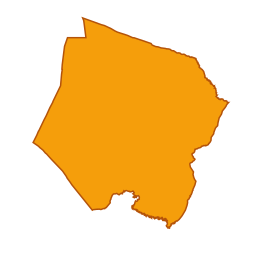 Serengeti, Mara, United Republic of Tanzania (orthographic projection), rotated 199°
{"feature_id": "72390352B48676394939092", "entity_name": "Serengeti", "entity_type": "district", "adm_level": 2, "iso_a3": "TZA", "parent_name": "United Republic of Tanzania", "parent_adm1": "Mara", "projection": "orthographic", "projection_center": [34.487, -1.957], "detail": "fine", "context": "isolated", "style": "filled", "palette": "amber", "viewbox_px": 256, "rotation_deg": 199, "n_neighbors": 0, "source": "geoboundaries", "source_scale": "gbopen_adm2", "svg_char_len": 5429}
<svg xmlns="http://www.w3.org/2000/svg" viewBox="0 0 256 256"><g transform="rotate(199 128 128)"><path d="M213.0,83.4L206.6,81.6L205.1,80.8L201.2,79.4L197.9,77.4L196.6,77.0L190.5,73.6L175.8,66.0L170.5,62.1L169.1,60.7L165.6,58.3L162.4,55.9L135.0,38.7L134.4,39.4L131.3,40.9L128.5,42.0L127.1,42.1L125.0,43.8L123.7,44.2L123.4,45.2L122.7,45.6L120.5,51.4L120.7,52.1L121.1,52.5L121.2,54.3L121.0,55.1L121.2,56.2L121.0,58.3L121.1,58.9L120.3,60.9L118.2,61.8L117.3,62.5L115.4,62.0L114.6,62.0L113.6,63.7L112.9,64.2L112.1,63.8L111.8,64.1L112.1,64.9L112.0,65.4L111.4,66.0L111.4,67.2L110.4,66.7L110.1,67.8L109.3,68.3L106.8,68.3L106.2,68.6L105.7,68.3L104.9,68.4L104.5,68.8L103.7,69.0L102.8,70.0L101.1,68.9L101.2,68.3L101.9,67.4L100.7,67.1L99.9,65.8L100.0,65.2L100.6,64.4L99.3,64.1L98.1,65.3L97.5,65.2L97.5,65.7L98.4,66.1L98.6,66.5L97.4,66.5L96.2,67.4L95.4,67.0L94.8,66.4L94.3,64.6L94.2,64.4L95.7,63.5L95.2,62.8L95.6,61.7L96.2,61.4L97.0,61.6L97.2,61.2L97.1,57.7L97.8,56.8L97.3,56.3L97.4,55.9L97.7,55.8L98.0,56.1L98.8,55.7L98.8,55.3L98.0,54.0L98.2,53.7L97.6,53.5L97.4,53.1L96.9,53.9L95.7,52.8L94.8,53.5L94.3,53.2L93.8,53.5L93.7,53.1L93.2,53.3L92.8,52.6L92.2,53.4L91.9,53.1L92.0,52.7L91.7,52.1L91.0,52.3L90.4,51.9L90.0,52.3L89.9,51.9L89.6,51.7L88.8,51.9L88.7,52.3L87.7,52.4L87.0,52.0L87.0,51.8L87.5,51.9L87.5,51.4L87.3,51.2L86.5,51.5L86.0,51.3L85.5,51.7L85.4,52.2L85.0,52.4L84.9,52.0L84.1,52.1L83.8,51.8L83.8,51.3L84.3,51.1L84.1,50.8L83.3,51.3L82.5,50.7L82.7,51.6L82.3,51.5L82.3,51.1L81.8,51.0L81.7,51.4L81.3,51.6L81.0,51.5L80.9,51.9L79.8,51.2L78.6,51.9L78.2,51.8L78.5,51.4L78.3,51.2L78.5,50.5L78.0,50.6L78.1,50.9L77.6,51.3L77.5,51.0L76.8,50.7L77.3,51.6L77.0,51.7L76.9,51.9L76.6,51.3L76.2,51.6L76.3,51.9L75.7,51.8L75.2,52.1L75.2,51.6L75.0,52.0L74.6,51.8L74.6,51.5L74.2,51.7L74.2,51.4L73.4,51.3L73.5,51.7L73.0,51.8L73.3,51.1L73.7,51.1L73.2,50.9L73.0,51.6L72.7,51.5L72.4,51.7L72.9,51.8L72.9,52.3L72.5,52.3L72.3,52.5L71.7,52.4L71.7,53.0L71.3,53.3L71.3,53.0L70.7,52.9L70.4,52.6L70.2,52.7L70.5,52.9L70.3,53.2L69.9,52.9L69.8,53.1L69.6,52.6L70.0,52.5L69.7,52.4L69.9,52.0L69.7,51.6L69.2,51.8L69.3,52.1L68.9,52.5L68.6,51.8L68.3,52.1L68.3,53.0L68.0,52.9L68.0,53.1L67.3,53.3L67.0,53.2L67.1,53.8L66.6,53.5L66.4,54.0L66.1,53.9L66.1,54.1L65.5,53.6L66.0,53.2L65.9,52.8L65.4,52.8L65.7,52.5L65.4,52.3L65.0,52.4L64.9,52.0L63.9,52.4L63.6,52.2L63.3,52.4L63.7,52.8L64.0,52.8L63.8,53.1L64.0,53.4L63.8,53.9L63.6,53.7L63.6,54.0L63.1,53.9L63.5,54.3L63.2,54.6L62.9,54.6L63.0,54.9L62.4,54.2L62.7,54.1L62.8,53.8L62.5,53.7L62.7,53.4L62.2,52.8L61.4,53.5L61.0,53.4L61.5,52.6L61.2,52.5L61.3,52.1L61.1,52.0L60.7,52.3L60.5,51.9L60.3,51.9L60.1,52.3L60.1,51.3L60.2,51.2L59.4,50.1L59.5,49.2L60.0,48.4L59.4,47.4L58.2,47.0L58.0,47.3L57.6,46.5L57.2,46.8L56.3,46.7L56.1,47.0L56.4,48.3L55.7,49.3L55.9,50.0L55.5,50.3L56.0,51.2L55.4,51.9L54.9,51.8L54.3,52.0L54.3,52.5L53.9,52.3L53.1,52.8L53.6,53.1L53.0,53.2L53.0,53.9L53.3,53.9L53.3,54.2L52.9,54.6L52.5,54.6L52.1,55.9L51.2,56.0L49.9,58.2L48.5,62.0L48.0,64.0L47.0,69.0L47.0,73.9L47.3,76.7L48.1,78.7L47.9,79.9L47.2,80.8L47.2,82.6L46.6,83.4L47.3,84.2L46.4,85.6L46.6,86.1L46.4,87.5L46.6,89.4L46.3,90.2L46.6,90.9L46.2,95.8L46.5,99.8L48.1,100.9L49.8,102.8L51.4,105.3L51.8,107.8L56.3,111.3L57.8,113.9L57.9,114.4L57.7,115.2L56.3,116.4L55.8,117.8L55.1,118.5L54.5,120.1L54.9,120.6L56.5,121.1L56.8,121.9L58.0,122.7L59.0,124.1L58.9,124.8L57.8,125.9L57.3,127.3L57.6,128.0L57.5,129.0L57.7,129.6L57.1,129.8L56.7,130.5L55.7,130.9L54.9,132.1L53.6,132.7L52.6,133.9L52.3,134.8L51.3,135.3L50.9,136.0L49.9,136.2L49.2,136.8L48.7,136.5L47.1,138.0L46.6,138.6L46.7,139.6L46.3,139.9L45.7,141.6L45.5,143.3L46.3,146.2L45.1,150.4L45.4,151.9L45.3,156.2L44.9,157.5L44.0,159.3L44.6,162.1L45.1,167.2L44.1,171.6L44.3,174.8L43.0,178.4L42.4,180.6L42.3,182.2L41.4,184.4L41.7,184.2L42.0,184.4L42.0,184.7L42.4,184.6L43.4,185.6L43.8,185.5L44.3,185.7L45.0,185.2L45.9,185.1L46.7,185.3L47.8,186.2L49.5,185.8L49.5,185.4L50.0,184.9L50.3,185.2L51.5,184.9L51.8,185.5L52.3,185.8L53.1,185.4L53.5,185.9L54.8,186.4L55.0,186.5L54.4,188.1L54.8,188.0L55.5,188.7L55.9,189.6L55.7,190.1L56.4,190.3L56.8,191.8L57.5,192.8L57.8,193.7L58.5,194.1L58.8,194.0L58.7,194.2L59.5,195.3L60.2,195.5L60.2,195.8L60.6,195.4L60.8,195.8L62.9,196.6L63.2,197.1L63.5,196.8L63.7,197.1L63.8,196.7L64.5,196.8L64.9,198.0L65.3,198.2L65.0,198.6L65.3,199.1L66.4,199.1L66.6,199.3L66.8,199.1L67.0,199.4L67.4,198.9L67.9,199.4L68.4,199.3L68.3,199.6L69.1,199.6L69.5,200.2L69.3,200.3L69.4,200.6L69.9,200.5L71.2,200.8L71.7,200.7L72.1,201.4L72.0,202.0L74.9,206.1L77.1,207.5L78.0,207.6L78.8,208.2L79.6,208.2L80.3,208.5L80.6,208.8L80.6,210.0L81.1,210.3L81.8,211.2L82.4,211.2L82.5,211.7L82.9,211.8L83.1,212.4L83.3,212.3L83.6,212.9L84.0,212.8L84.8,213.9L86.5,215.1L86.1,215.3L86.4,215.8L88.4,215.9L89.1,215.6L89.4,215.9L90.3,215.9L90.9,215.9L91.1,215.4L91.4,215.3L91.7,215.5L92.4,215.1L92.6,215.4L94.0,215.8L95.0,215.3L96.2,215.4L96.7,215.2L97.3,215.7L99.1,216.0L100.9,215.2L101.6,215.1L102.9,215.7L104.3,215.6L106.1,214.9L110.0,215.9L111.7,215.4L114.0,216.1L115.6,215.9L117.4,215.4L118.5,215.4L122.8,214.5L125.9,214.5L128.4,214.0L132.2,214.3L133.7,215.4L151.5,215.3L152.9,214.9L158.7,215.4L169.1,215.2L171.8,215.5L176.1,216.4L183.6,217.2L186.9,217.0L206.7,217.3L204.8,215.1L197.2,199.7L214.6,193.7L214.6,184.6L210.8,166.5L209.6,162.0L209.2,162.0L208.4,157.5L205.5,146.0L207.6,128.6L207.5,128.0L208.5,121.7L209.3,113.1L210.0,108.5L211.4,96.2L211.6,96.0L211.9,91.5L213.0,83.4Z" fill="#f59e0b" stroke="#b45309" stroke-width="1.5"/></g></svg>